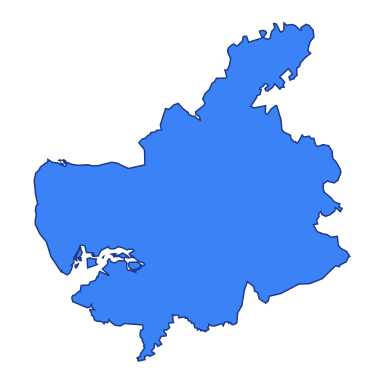 the district of Port Loko, Northern, Sierra Leone
{"feature_id": "65957751B90762568654783", "entity_name": "Port Loko", "entity_type": "district", "adm_level": 2, "iso_a3": "SLE", "parent_name": "Sierra Leone", "parent_adm1": "Northern", "projection": "albers", "projection_center": [-12.858, 8.766], "detail": "fine", "context": "isolated", "style": "filled", "palette": "blue", "viewbox_px": 384, "rotation_deg": 0, "n_neighbors": 0, "source": "geoboundaries", "source_scale": "gbopen_adm2", "svg_char_len": 5926}
<svg xmlns="http://www.w3.org/2000/svg" viewBox="0 0 384 384"><path d="M300.9,27.7L301.5,29.9L300.0,30.1L295.4,25.7L292.3,24.5L286.7,25.2L284.0,23.0L283.8,29.7L282.8,31.1L280.4,32.1L276.3,24.0L273.6,23.5L274.8,28.2L271.7,31.4L270.0,38.3L267.5,39.3L263.2,37.5L266.6,32.9L265.4,31.2L262.9,30.4L260.0,30.9L259.5,31.7L262.2,37.3L260.8,38.5L248.6,42.2L246.5,36.3L244.3,36.3L243.1,36.8L242.6,41.0L237.5,45.7L236.3,46.2L234.3,44.2L232.6,44.4L228.5,47.9L227.6,50.1L228.0,52.8L230.7,58.7L229.3,65.8L227.3,70.0L224.9,70.0L226.8,76.4L225.9,78.1L216.4,78.3L215.2,81.0L212.0,83.5L209.3,89.6L205.1,93.6L202.7,99.0L205.1,102.9L203.9,105.4L195.7,111.8L195.9,114.2L199.6,116.7L200.3,120.1L196.9,118.6L195.0,116.2L193.0,116.4L188.4,114.2L188.4,112.7L183.1,108.8L178.2,103.4L173.9,104.9L169.2,109.3L165.6,108.6L160.3,125.0L161.5,129.9L156.6,130.4L155.2,131.9L150.6,132.6L150.3,134.4L147.7,135.6L145.2,138.3L142.3,139.0L138.9,142.7L144.5,149.8L144.9,164.8L128.4,168.5L117.0,163.1L111.6,162.3L97.8,165.8L91.7,165.8L88.6,164.8L77.6,165.3L71.6,164.3L67.6,162.6L65.5,166.3L64.4,166.3L57.8,163.0L52.3,162.4L47.9,159.5L47.9,161.0L48.6,161.0L40.4,167.1L39.0,170.1L35.8,173.0L34.2,180.5L35.7,195.0L37.8,204.6L36.4,205.3L35.4,210.0L36.3,215.1L35.1,221.1L35.5,224.9L39.9,233.9L46.4,241.9L51.0,256.7L61.0,271.5L61.4,270.6L62.0,272.0L67.2,274.9L69.6,273.0L71.6,269.0L72.5,264.9L71.5,264.9L73.9,262.9L73.8,257.6L77.9,251.2L80.2,245.5L81.6,245.0L84.9,245.8L86.5,252.6L93.1,252.9L95.0,256.4L98.3,255.9L100.9,250.5L108.7,246.5L109.1,248.1L110.4,248.8L114.5,248.8L118.0,246.7L122.6,247.7L127.0,249.9L129.3,249.1L133.6,249.6L133.8,251.3L130.4,252.7L129.2,253.8L129.5,254.7L132.6,256.0L138.4,261.3L143.7,262.9L144.8,265.1L142.7,265.5L140.3,268.4L134.4,271.1L135.7,272.0L135.7,273.3L135.0,271.9L132.0,271.3L130.9,269.9L128.1,270.5L126.8,268.4L126.8,262.8L124.4,260.7L124.3,259.5L123.4,260.9L118.8,260.7L115.1,262.9L111.8,262.2L109.8,260.4L109.7,258.9L108.8,259.1L107.4,261.4L108.0,262.2L107.0,264.8L102.4,269.1L108.4,274.4L108.6,275.5L99.7,271.4L97.8,277.0L97.1,276.6L95.5,280.4L90.4,282.0L88.6,285.1L81.2,285.4L80.1,291.7L79.0,291.3L74.3,295.4L72.8,295.4L71.8,297.7L72.7,301.6L87.3,307.7L90.3,306.9L91.5,304.5L92.3,307.7L94.5,309.7L90.0,309.4L89.7,310.2L91.5,313.2L91.5,315.1L93.7,316.7L94.3,319.8L96.9,321.1L102.5,321.8L104.0,323.8L104.7,322.2L107.7,322.7L109.1,319.4L110.0,321.3L115.0,325.2L120.3,325.9L124.6,323.5L142.2,324.9L143.1,326.0L142.9,329.6L140.7,330.3L140.0,334.3L140.5,337.2L142.5,339.1L142.2,340.4L144.3,345.1L143.5,346.3L144.7,347.7L140.5,353.8L140.3,356.3L137.1,357.9L138.3,358.6L137.7,359.9L138.3,361.0L145.0,359.6L144.6,356.7L147.7,354.9L149.8,356.3L154.6,354.0L153.7,352.5L151.6,351.9L151.5,350.8L154.1,348.0L154.6,343.4L156.4,344.1L157.9,346.5L161.7,344.1L159.2,340.4L161.1,336.3L166.0,335.9L166.3,334.3L163.6,331.0L164.1,329.9L166.8,330.0L169.7,327.6L168.5,325.1L168.8,323.0L173.5,322.6L172.3,314.8L174.1,315.6L176.8,314.7L178.2,315.4L178.9,317.9L185.2,316.7L185.3,318.3L187.5,318.1L188.5,320.8L190.4,321.0L191.7,323.3L193.5,322.9L195.0,327.7L197.3,328.4L197.5,329.9L199.3,328.8L200.8,330.8L201.7,329.9L203.1,331.0L204.7,330.5L205.2,331.7L208.9,329.3L207.6,327.6L208.6,326.7L208.9,324.2L212.1,326.0L215.1,325.9L221.9,323.5L223.2,325.8L225.0,322.1L228.2,321.8L228.7,323.3L230.4,322.3L231.4,324.4L233.0,324.7L235.8,323.7L236.9,322.2L237.6,313.0L241.8,305.8L244.4,290.0L247.4,281.6L253.8,286.6L254.6,291.2L257.7,292.5L259.3,298.9L265.8,303.2L268.2,301.0L269.3,296.2L280.9,293.5L298.7,284.1L309.7,283.6L322.2,278.7L335.0,266.3L336.8,265.9L339.2,266.8L340.2,264.8L346.1,262.0L348.5,256.8L349.8,256.4L346.3,251.2L340.9,248.4L338.3,245.1L337.3,236.3L331.2,237.3L326.9,234.5L323.3,234.0L317.0,231.5L313.3,224.6L317.6,223.9L316.5,220.5L319.1,216.4L318.6,213.8L320.9,211.5L322.0,214.6L325.6,216.3L329.7,214.9L334.6,211.2L335.4,207.5L340.3,211.6L342.1,208.5L338.9,206.8L339.9,203.9L334.5,202.1L331.0,197.8L324.5,192.5L323.2,189.1L323.4,183.7L327.4,181.1L334.3,182.9L337.9,180.3L340.9,172.4L340.0,168.8L336.1,161.9L332.9,158.7L332.0,151.0L328.6,145.8L323.2,144.6L317.8,146.6L315.7,145.2L313.8,138.3L311.3,138.7L309.1,136.1L304.2,137.1L302.1,135.0L298.1,142.6L296.7,143.1L295.5,141.6L294.1,141.8L290.8,138.4L290.5,135.2L284.3,132.4L281.8,129.7L281.1,120.1L276.7,105.7L275.6,105.6L271.1,109.1L267.6,114.2L266.0,114.0L265.3,111.8L265.7,105.7L254.1,107.9L250.7,106.4L256.4,97.9L256.9,95.7L260.2,94.4L261.2,89.4L259.7,89.5L259.8,88.0L263.5,86.0L264.3,84.2L266.4,83.7L268.4,85.5L264.9,88.6L265.9,90.7L267.5,91.1L272.6,87.4L274.6,83.8L279.9,89.2L280.8,87.7L284.2,87.0L283.1,85.0L284.7,82.2L280.9,77.9L279.6,77.5L279.7,76.8L288.4,68.7L292.5,73.8L288.9,77.0L290.0,80.1L294.3,78.5L294.9,76.8L297.0,75.5L296.7,68.1L299.4,66.6L300.6,62.7L305.1,57.7L310.6,53.4L308.1,51.0L308.1,48.5L310.2,41.5L313.9,37.1L313.1,30.2L309.0,25.4L306.1,24.3L300.9,27.7ZM137.4,262.2L129.7,262.2L128.5,263.7L129.2,267.3L132.9,270.1L138.5,268.4L141.4,265.1L137.4,262.2ZM91.4,258.8L90.1,257.8L87.1,258.7L87.7,267.9L97.2,264.5L95.5,262.4L96.3,259.0L91.4,258.8ZM127.9,256.2L122.5,252.9L120.4,254.5L113.1,256.8L119.6,256.4L122.3,258.0L125.1,257.3L129.1,257.9L127.9,256.2ZM82.2,252.7L80.8,249.2L79.2,249.5L75.2,258.9L80.1,256.6L82.2,252.7ZM81.2,260.6L81.0,257.9L78.7,258.5L79.3,260.4L81.2,260.6ZM76.6,267.6L78.0,264.9L78.3,263.9L75.0,265.4L75.5,267.8L76.6,267.6ZM116.0,253.9L114.8,253.7L111.4,254.2L113.9,255.7L116.0,253.9ZM63.7,159.8L62.3,160.3L66.0,161.8L65.4,160.8L63.7,159.8ZM94.0,256.1L92.8,254.0L91.9,254.6L92.8,256.3L94.0,256.1ZM66.8,162.9L65.9,162.3L63.4,161.3L64.9,163.0L66.8,162.9ZM133.0,257.5L131.4,256.1L130.5,257.0L133.0,257.5ZM75.6,259.6L76.7,260.7L76.8,259.0L75.6,259.6ZM59.9,159.8L59.0,160.4L60.4,160.9L60.4,160.6L59.9,159.8ZM102.6,257.6L103.2,257.9L103.5,256.7L102.6,257.6ZM66.3,164.1L66.5,163.4L65.2,163.5L66.3,164.1ZM79.9,248.4L80.8,247.7L80.5,247.2L79.9,248.4ZM62.3,163.9L61.6,163.3L61.1,163.3L61.5,163.8L62.3,163.9Z" fill="#3b82f6" stroke="#1e3a8a" stroke-width="1.5"/></svg>